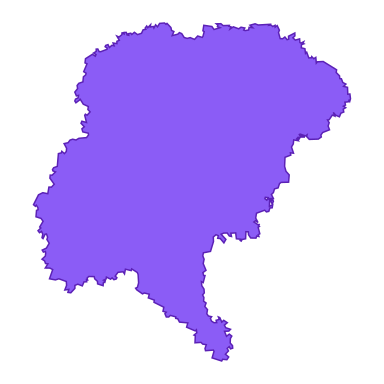 outline of Thakurgaon, Rangpur, Bangladesh
{"feature_id": "16705992B44482388014877", "entity_name": "Thakurgaon", "entity_type": "district", "adm_level": 2, "iso_a3": "BGD", "parent_name": "Bangladesh", "parent_adm1": "Rangpur", "projection": "albers", "projection_center": [88.472, 25.936], "detail": "fine", "context": "isolated", "style": "filled", "palette": "violet", "viewbox_px": 384, "rotation_deg": 0, "n_neighbors": 0, "source": "geoboundaries", "source_scale": "gbopen_adm2", "svg_char_len": 5818}
<svg xmlns="http://www.w3.org/2000/svg" viewBox="0 0 384 384"><path d="M339.4,116.8L340.9,113.2L343.8,112.0L343.2,109.2L345.7,107.7L343.4,106.2L345.5,105.1L344.9,102.2L348.3,101.8L349.0,100.4L349.7,101.5L350.5,98.8L349.9,94.0L347.8,94.2L347.5,87.3L343.6,86.4L345.9,84.1L342.8,82.5L341.4,78.8L339.8,78.6L339.5,75.8L336.2,72.5L336.6,69.8L323.2,61.5L317.4,61.8L316.3,63.1L315.8,57.4L313.8,58.7L311.7,56.6L311.4,57.8L308.8,57.9L306.7,52.2L305.5,53.4L304.9,48.7L301.3,47.8L301.5,44.6L303.9,43.8L303.0,43.3L303.7,41.7L301.0,43.1L299.9,42.5L299.6,38.9L295.3,40.1L292.9,37.8L294.9,35.9L294.8,33.0L288.5,36.2L288.7,39.1L287.1,39.7L284.9,37.0L282.7,38.7L280.2,38.6L278.5,32.5L279.4,30.2L277.2,25.6L275.2,27.1L275.1,25.3L272.7,26.5L271.2,25.1L269.0,25.3L269.9,24.3L258.2,25.0L255.1,23.8L250.0,25.2L252.7,27.7L249.1,27.3L248.6,30.0L245.1,30.6L243.7,30.1L244.8,28.0L241.0,27.2L238.7,28.8L233.3,26.8L230.1,29.0L231.0,26.9L228.8,26.2L229.2,25.4L223.1,25.6L220.9,23.7L216.3,23.8L217.9,25.2L217.4,26.6L220.0,27.7L214.0,29.5L211.9,26.5L203.8,25.3L202.9,30.8L204.2,31.6L202.9,36.5L202.2,37.4L197.7,36.0L194.5,39.4L190.2,37.6L187.2,38.4L184.2,37.5L181.7,33.6L179.4,32.6L177.8,34.2L172.2,35.6L173.9,31.5L171.6,30.5L170.9,27.5L167.0,23.4L166.0,24.3L164.5,23.0L159.6,23.4L157.5,26.8L155.6,24.8L153.9,28.0L153.3,26.5L150.3,27.0L150.6,24.7L147.8,27.7L146.7,26.0L145.2,28.0L145.8,29.3L143.1,29.8L141.5,33.3L137.5,34.6L134.4,32.3L131.8,34.5L130.8,33.2L128.3,33.7L128.7,35.3L127.1,35.0L126.3,32.4L124.2,32.4L124.1,34.0L123.0,33.3L123.7,32.7L122.0,32.9L121.9,34.7L119.0,37.0L116.9,36.1L119.3,40.3L116.9,41.3L116.9,43.6L113.1,43.0L114.1,45.8L111.9,45.3L109.4,47.5L108.0,44.6L105.7,45.4L105.1,46.7L107.2,48.1L107.0,49.3L100.7,51.7L99.1,51.6L97.8,49.0L96.2,49.1L96.2,51.4L93.6,53.0L96.0,54.5L95.3,56.2L92.4,54.3L85.5,58.7L85.0,62.9L87.0,63.8L83.7,71.7L86.1,73.2L85.7,74.9L83.4,76.8L82.9,81.9L78.8,83.3L77.1,85.5L77.6,88.6L74.8,92.1L76.4,95.9L78.5,95.4L78.1,97.9L75.5,99.1L74.8,101.0L75.9,102.8L80.0,99.7L79.8,98.6L83.3,104.2L88.3,106.5L87.9,109.6L90.1,111.9L87.1,115.2L85.4,114.2L84.7,115.3L86.5,122.5L81.9,121.2L81.0,123.3L84.3,126.8L81.9,128.8L82.8,131.9L88.3,133.2L88.5,135.0L86.5,137.6L78.9,138.3L76.0,140.0L72.7,139.2L70.0,140.1L68.1,142.7L64.1,143.6L66.6,148.3L66.3,151.5L64.4,153.6L61.8,151.3L61.3,152.9L58.4,153.6L57.3,166.4L53.7,167.7L52.5,169.5L52.9,170.9L55.5,171.9L52.1,175.2L50.2,175.1L49.9,178.2L54.2,184.2L51.5,187.1L48.9,187.1L47.8,193.7L42.8,192.7L38.5,194.8L33.5,204.7L35.4,206.3L36.3,205.2L37.9,207.6L38.1,209.7L36.5,210.4L36.0,216.8L41.0,218.4L43.1,221.3L39.7,227.0L40.8,228.0L38.0,230.7L39.5,232.7L41.5,231.4L42.8,234.2L42.0,237.7L43.0,238.6L45.1,234.2L46.5,234.0L47.6,237.2L46.9,239.5L49.2,243.2L46.4,248.1L42.2,250.1L43.4,252.1L45.4,251.5L45.7,253.1L45.3,256.1L42.0,259.2L44.6,260.9L45.5,263.5L47.9,263.8L45.3,268.0L49.9,268.1L52.7,269.6L49.5,278.8L55.4,279.9L58.9,278.8L66.3,281.5L66.6,285.3L64.8,290.0L68.8,289.4L67.9,292.4L70.8,292.8L74.9,288.4L74.9,285.4L77.8,284.2L82.3,285.9L84.0,281.9L86.7,281.8L86.5,279.7L87.6,280.0L87.1,278.1L88.7,276.5L94.2,276.6L94.7,278.8L97.5,281.4L97.6,283.9L103.1,285.7L103.3,282.9L104.7,281.3L104.0,282.4L104.8,282.5L105.3,280.6L103.8,280.1L106.1,279.0L106.4,277.1L110.6,279.2L112.1,277.9L113.9,279.7L116.2,279.0L116.9,277.7L115.2,276.1L118.0,272.3L123.1,271.8L124.5,273.9L125.4,269.2L131.2,270.6L131.7,268.9L137.3,272.5L138.1,274.5L138.6,282.9L137.4,287.3L135.6,288.2L136.7,289.8L142.5,293.9L144.3,293.0L149.3,294.2L148.3,297.9L154.3,300.1L154.0,302.3L163.8,307.2L163.0,311.3L166.2,312.2L164.9,313.7L166.3,317.0L168.7,317.0L170.4,315.4L175.8,316.9L175.7,318.4L177.7,318.7L179.5,322.1L187.8,322.9L186.6,327.2L195.2,330.9L196.4,329.8L196.8,332.8L194.0,335.1L195.3,335.7L195.0,342.8L201.0,342.4L202.7,344.1L206.3,344.7L205.0,348.5L205.5,350.7L213.4,350.1L214.0,351.3L212.1,357.9L221.7,361.0L222.6,359.3L226.9,359.7L228.7,357.0L225.4,354.2L228.5,350.9L227.2,348.4L229.2,346.6L230.4,348.9L232.7,348.2L232.5,345.6L230.2,343.0L230.4,338.5L231.8,336.1L229.3,334.1L226.5,336.3L224.5,331.3L228.8,331.1L230.5,329.3L225.7,327.7L224.4,325.1L227.3,322.7L223.7,320.3L221.8,322.1L219.8,317.6L218.4,317.0L219.3,319.4L216.1,320.3L216.7,322.6L214.0,322.7L211.5,321.1L210.4,318.4L211.6,316.7L208.4,316.0L206.8,313.7L207.5,309.6L204.8,306.5L206.1,303.0L203.6,301.2L203.9,297.5L202.6,294.9L204.3,292.9L204.0,289.1L201.8,285.7L201.4,281.6L203.2,282.6L205.0,275.6L203.7,275.6L202.9,272.6L206.0,270.3L203.2,263.6L204.1,259.2L202.8,255.9L203.4,252.8L210.5,251.4L213.5,241.5L213.3,237.0L216.0,234.7L218.3,235.7L217.7,238.3L220.3,238.6L223.9,242.9L225.9,239.4L221.1,234.2L223.7,233.1L227.2,233.0L229.3,236.0L231.5,236.5L230.8,233.2L235.7,232.9L236.4,238.8L240.6,239.2L240.1,240.4L241.2,241.1L242.1,239.5L245.6,238.8L245.9,231.7L248.3,231.8L248.5,234.7L250.7,238.0L256.0,238.1L256.7,236.1L258.9,236.5L258.2,234.7L259.8,233.8L258.1,227.1L259.4,226.5L258.5,225.5L259.6,224.2L258.2,224.8L253.9,222.0L255.5,220.7L258.0,222.5L255.7,218.1L256.5,213.2L264.7,210.2L266.4,211.9L268.8,211.4L269.9,208.0L272.2,207.8L272.7,204.7L269.4,206.3L269.6,199.6L267.7,198.7L266.8,200.2L264.9,198.7L265.3,197.3L268.4,197.6L268.4,198.8L271.3,198.5L270.4,199.8L272.3,200.2L270.6,201.1L272.1,203.7L273.4,201.5L272.4,198.9L273.4,198.5L271.4,194.5L273.4,192.6L274.5,188.9L278.1,187.9L279.5,183.6L281.1,182.4L288.6,182.2L289.2,174.9L286.0,171.3L284.6,166.4L285.0,157.3L290.8,155.1L290.4,152.8L293.5,153.2L291.5,147.0L293.3,143.9L293.7,139.9L298.2,140.7L296.7,138.8L298.0,137.3L299.1,137.5L297.8,138.8L298.7,139.6L300.4,137.0L304.9,137.1L299.8,135.6L299.3,134.5L300.2,134.1L305.6,135.9L307.0,134.9L306.6,136.5L309.3,139.4L318.3,139.1L321.3,137.0L320.9,135.0L322.7,132.5L329.5,129.8L328.1,126.0L329.2,122.7L327.5,119.9L329.2,119.7L332.3,115.1L334.8,116.1L333.3,112.4L335.7,115.2L339.4,116.8Z" fill="#8b5cf6" stroke="#5b21b6" stroke-width="1.5"/></svg>